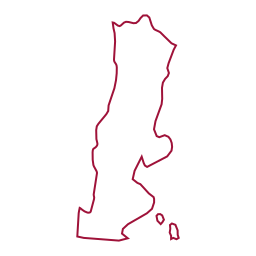 outline of La Unión
{"feature_id": "SLV-1350", "entity_name": "La Unión", "entity_type": "Department", "adm_level": 1, "iso_a3": "SLV", "parent_name": "El Salvador", "parent_adm1": "", "projection": "natural_earth1", "projection_center": [-87.879, 13.537], "detail": "fine", "context": "isolated", "style": "outline", "palette": "rose", "viewbox_px": 256, "rotation_deg": 0, "n_neighbors": 0, "source": "natural_earth", "source_scale": "10m", "svg_char_len": 1781}
<svg xmlns="http://www.w3.org/2000/svg" viewBox="0 0 256 256"><path d="M146.9,15.4L149.3,17.5L151.8,25.3L153.9,28.9L155.2,29.8L158.7,31.4L160.3,32.3L164.3,36.3L171.5,43.3L176.0,45.4L173.7,49.7L168.6,63.2L167.3,68.1L168.9,73.0L167.7,76.2L165.1,78.9L162.9,82.6L162.0,87.8L162.2,98.9L161.6,104.3L155.5,121.1L154.0,129.3L156.7,136.1L159.3,137.2L164.7,135.2L168.4,136.8L170.4,139.4L171.7,143.0L172.1,146.9L171.5,150.7L167.2,156.4L147.1,166.9L146.9,166.8L144.9,165.5L143.7,163.0L141.7,156.7L134.6,170.8L132.7,179.2L137.4,182.9L140.4,184.2L148.8,193.4L153.6,197.1L154.1,198.9L154.1,202.5L152.0,208.8L146.9,213.3L128.0,224.2L122.9,228.9L122.0,233.6L127.8,238.3L118.9,240.6L83.8,237.9L77.3,236.5L77.3,236.4L78.7,213.1L79.1,210.8L79.7,207.9L80.3,208.2L82.4,209.9L84.6,211.4L87.2,212.5L88.1,212.7L88.9,212.7L90.1,212.3L90.7,211.6L94.0,199.2L94.2,197.4L93.8,195.6L93.7,194.4L97.0,173.0L96.9,172.3L96.7,171.6L96.4,170.9L94.0,166.5L93.7,165.8L93.4,165.0L92.7,159.8L92.6,152.2L92.8,150.3L93.2,149.1L93.7,148.6L94.8,147.9L95.4,147.4L96.2,146.7L97.1,145.4L97.4,144.3L97.4,143.4L96.4,139.1L96.2,130.1L96.8,126.3L98.4,123.8L106.3,114.2L108.2,111.0L108.6,105.4L114.4,88.2L116.0,80.2L116.7,73.3L116.8,67.6L116.6,65.8L116.4,65.1L116.1,64.3L115.7,63.7L114.6,62.0L114.3,61.4L114.1,60.6L114.0,59.6L115.1,41.5L114.6,33.1L113.5,28.3L112.7,22.5L114.1,22.8L117.9,25.6L119.6,26.1L120.8,25.5L124.0,22.6L126.0,21.8L128.6,22.0L133.5,23.2L136.0,23.0L138.5,21.0L140.6,18.0L143.1,15.5L146.9,15.4ZM170.3,228.8L170.0,225.0L171.9,223.5L175.4,224.8L177.6,230.3L177.7,234.9L178.7,237.9L176.5,239.2L173.2,237.9L171.1,239.0L171.1,235.8L169.7,232.6L170.3,228.8ZM160.2,214.1L162.2,215.4L163.9,219.7L162.4,222.2L160.7,224.1L157.4,220.7L156.5,215.9L158.0,214.2L160.2,214.1Z" fill="none" stroke="#9f1239" stroke-width="2"/></svg>